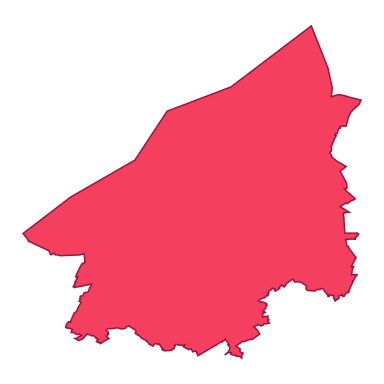 outline of Waadhoeke, Friesland, Netherlands
{"feature_id": "6326949B95625047897274", "entity_name": "Waadhoeke", "entity_type": "district", "adm_level": 2, "iso_a3": "NLD", "parent_name": "Netherlands", "parent_adm1": "Friesland", "projection": "robinson", "projection_center": [5.61, 53.246], "detail": "fine", "context": "isolated", "style": "filled", "palette": "rose", "viewbox_px": 384, "rotation_deg": 0, "n_neighbors": 0, "source": "geoboundaries", "source_scale": "gbopen_adm2", "svg_char_len": 5945}
<svg xmlns="http://www.w3.org/2000/svg" viewBox="0 0 384 384"><path d="M231.0,86.9L167.1,111.2L134.9,160.1L71.0,196.8L23.0,233.5L28.3,240.0L28.1,240.9L29.0,241.6L29.2,241.3L35.3,244.4L48.7,250.6L49.1,251.2L50.4,254.5L50.7,254.7L52.6,254.3L53.2,253.6L54.3,253.2L54.7,253.4L55.0,254.5L55.5,254.9L57.2,254.8L60.3,255.7L79.5,254.9L84.2,253.8L84.4,254.3L84.4,257.0L84.7,257.6L84.9,262.8L82.2,263.4L82.2,263.8L81.4,264.7L80.0,267.2L76.1,275.4L75.8,276.5L75.8,276.9L77.9,276.8L75.0,281.9L75.7,282.0L73.3,286.7L74.4,286.6L74.2,287.0L74.3,287.5L91.5,284.2L91.5,284.9L90.4,287.0L89.8,287.4L88.4,291.5L87.0,292.1L86.5,292.6L84.1,292.6L82.8,295.8L80.4,296.1L79.8,298.5L80.5,298.8L79.1,301.3L81.2,302.4L78.1,307.4L76.9,310.6L75.9,311.9L75.9,312.0L74.5,313.0L74.3,312.9L73.1,315.3L73.0,316.0L72.2,317.4L70.6,321.3L70.7,322.2L70.5,322.4L69.6,321.8L68.6,321.7L66.4,324.4L65.9,325.8L66.0,327.0L65.7,327.5L67.9,328.4L68.4,327.8L72.4,329.3L71.5,330.9L71.1,332.5L73.6,332.5L74.6,333.4L76.9,334.5L77.9,334.6L78.9,334.2L81.6,335.2L81.1,336.0L78.5,336.7L77.2,338.1L75.0,338.4L78.6,340.6L82.8,338.8L84.5,336.8L86.3,335.1L87.3,333.8L88.6,334.6L89.3,334.7L92.0,336.0L93.1,335.5L96.4,337.9L96.0,338.3L96.3,338.7L98.4,339.5L97.6,340.4L96.4,341.3L96.5,341.7L97.8,342.1L98.2,342.7L98.8,342.4L100.4,342.9L100.2,343.5L100.6,343.7L104.1,341.2L109.1,338.5L106.4,336.4L108.7,334.0L107.8,333.6L108.5,332.2L106.2,330.3L107.6,328.7L111.4,328.7L117.6,327.8L121.6,329.0L125.1,328.5L126.3,326.8L127.8,326.5L128.6,325.8L135.8,330.4L136.1,331.0L135.3,332.8L135.5,333.7L137.2,333.9L137.4,334.4L137.3,334.9L137.5,335.2L139.1,335.7L140.0,336.3L142.1,338.7L143.2,338.8L143.7,339.3L145.8,340.1L145.9,340.6L146.4,340.8L146.8,341.6L147.8,342.2L148.7,343.2L149.4,344.5L150.7,344.9L153.1,346.2L153.3,346.1L154.4,343.9L156.7,343.7L157.3,344.3L159.2,343.8L159.3,344.2L159.8,344.6L159.6,344.9L161.1,346.7L161.6,348.0L163.1,348.5L162.6,349.0L162.1,349.8L164.2,350.4L164.5,350.8L166.7,350.5L168.2,350.8L170.0,350.0L171.0,350.4L172.7,349.6L172.9,348.9L174.2,348.5L174.8,346.6L174.4,346.5L174.5,345.8L174.6,345.4L175.2,345.5L175.6,344.3L176.6,344.4L178.1,345.1L178.5,344.7L179.8,345.2L182.5,345.0L182.5,345.7L183.2,345.9L184.9,344.8L184.5,346.1L183.7,346.8L186.9,348.8L187.7,348.5L188.8,349.7L191.2,348.8L192.6,351.8L196.0,350.9L196.7,352.9L197.0,352.8L198.0,355.7L214.7,345.8L215.6,345.6L215.5,345.2L215.9,345.3L220.1,342.4L220.4,342.7L220.2,342.4L221.1,341.9L222.1,341.9L221.9,341.4L223.9,340.7L223.7,340.5L224.9,340.0L224.6,339.6L225.6,338.9L227.0,341.8L229.1,344.4L227.8,344.9L229.9,347.4L229.7,348.9L228.1,352.2L225.3,354.3L225.5,354.5L228.1,352.6L228.6,352.8L231.0,352.4L231.5,352.9L230.8,354.1L231.2,354.6L235.4,355.4L236.2,355.2L236.3,356.2L239.7,356.4L241.8,358.1L241.9,354.0L242.8,354.0L242.9,352.9L241.7,352.8L239.5,350.7L240.5,349.3L236.1,346.0L242.7,341.2L243.4,341.7L243.9,341.7L249.5,339.6L250.9,339.6L252.2,339.3L252.1,339.0L253.3,338.7L258.1,335.2L259.7,334.4L258.8,332.2L257.5,330.2L254.7,327.4L253.7,326.9L254.3,326.5L254.6,326.8L255.1,326.3L255.0,326.0L255.2,325.9L257.5,325.3L257.5,324.7L258.4,324.5L259.3,325.2L261.1,326.0L262.2,325.2L263.1,325.1L263.1,324.7L264.3,323.7L266.3,323.9L269.5,323.1L268.9,322.3L267.9,321.4L268.0,320.6L268.6,320.2L268.9,319.7L267.6,318.6L267.9,317.6L267.6,317.4L268.0,316.2L265.1,316.5L263.5,317.1L263.3,316.6L262.6,316.8L262.7,316.0L262.4,315.5L263.2,313.8L263.2,313.2L265.3,312.5L263.8,311.0L263.3,311.2L264.1,309.8L265.7,308.2L265.6,307.7L266.0,306.7L266.5,306.3L267.0,305.0L266.1,304.7L266.6,303.5L261.8,301.6L260.7,302.3L258.3,300.7L262.1,298.4L264.0,297.7L264.5,297.9L266.6,295.6L267.3,296.0L268.6,294.6L268.0,294.0L268.7,293.1L268.0,293.0L268.1,292.7L269.7,290.2L270.9,290.1L271.2,289.2L272.1,288.9L272.3,288.2L274.7,288.8L274.3,289.6L274.6,289.8L274.4,290.1L274.6,290.6L275.5,291.1L279.6,288.4L279.1,287.8L281.5,285.0L282.0,285.0L282.9,286.2L284.4,286.9L284.8,286.7L285.1,285.9L285.9,285.0L286.1,283.9L286.6,283.2L288.5,282.2L290.1,280.8L291.9,279.7L293.4,279.4L294.0,281.1L294.8,282.0L298.1,281.7L299.6,282.2L300.8,282.1L303.5,284.0L305.7,285.2L306.3,286.2L306.1,286.4L306.3,287.4L306.0,288.6L306.3,289.5L307.7,290.5L315.1,291.0L316.8,289.7L318.3,289.3L318.7,289.7L320.2,289.4L320.6,288.9L322.7,288.5L325.0,291.9L328.2,295.2L327.6,295.5L328.2,296.7L329.4,296.1L330.0,294.9L333.9,295.6L333.3,297.0L335.1,301.0L335.9,300.5L336.3,299.6L337.1,299.2L338.2,299.0L338.8,298.5L339.0,297.7L338.6,295.9L341.9,295.3L342.1,294.6L343.0,296.5L344.1,296.4L345.6,293.7L347.9,292.1L348.1,292.5L348.8,292.2L349.1,291.6L348.6,291.5L353.3,280.9L352.7,280.9L352.8,280.7L353.5,280.4L354.9,277.7L357.0,274.9L356.5,274.8L356.6,274.6L351.6,274.7L352.1,272.0L351.9,271.8L352.5,269.1L353.7,266.5L351.2,266.7L356.1,257.7L352.3,252.7L350.8,250.8L350.6,250.9L349.8,249.1L349.5,249.1L348.4,246.3L347.0,246.5L345.6,239.5L352.0,239.0L355.3,239.3L355.4,238.6L355.7,237.8L355.4,237.7L357.9,235.3L358.7,234.1L356.9,233.6L357.1,233.1L344.9,233.2L343.9,219.3L344.1,219.1L343.2,213.4L344.5,213.0L344.2,212.9L344.4,212.7L349.2,212.1L347.2,211.2L344.8,209.3L344.5,209.4L340.2,206.7L345.8,202.9L346.9,203.7L352.7,199.9L353.0,200.2L355.3,198.8L346.1,190.7L344.3,188.6L346.6,188.6L346.9,188.4L347.0,187.1L346.7,183.5L340.3,171.3L340.8,170.7L346.2,166.6L342.4,164.2L337.6,161.7L333.3,158.4L331.8,156.7L331.3,155.7L331.0,154.3L330.1,153.2L329.9,152.4L330.4,151.7L331.3,151.1L331.5,149.9L331.5,148.3L330.7,147.0L331.3,146.7L331.3,146.3L332.0,145.1L334.1,139.8L333.9,139.6L336.5,135.4L334.9,135.2L335.6,133.3L337.9,133.5L337.2,133.3L337.3,133.0L337.6,133.0L337.4,132.9L338.2,129.9L339.0,128.7L339.6,127.7L339.8,127.8L339.7,127.6L340.1,127.4L339.9,127.3L341.0,126.0L346.1,126.1L347.8,120.0L347.9,118.9L349.5,114.7L350.4,113.1L351.2,111.9L353.2,109.7L355.9,107.3L356.1,106.5L357.0,106.3L358.7,105.0L360.5,101.5L360.3,101.1L361.0,100.0L350.3,97.5L346.6,96.2L340.1,94.7L338.1,94.7L331.3,96.6L332.3,88.1L328.0,68.2L311.3,25.9L231.0,86.9Z" fill="#f43f5e" stroke="#9f1239" stroke-width="1.5"/></svg>